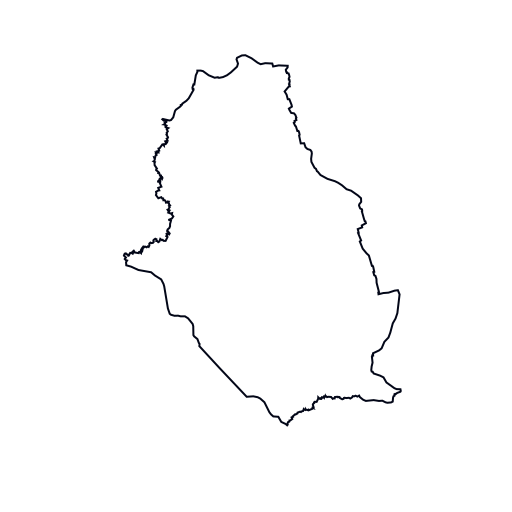 Sikhoraphum, Surin, Thailand (Natural Earth projection), rotated 153°
{"feature_id": "78962969B98513612105596", "entity_name": "Sikhoraphum", "entity_type": "district", "adm_level": 2, "iso_a3": "THA", "parent_name": "Thailand", "parent_adm1": "Surin", "projection": "natural_earth1", "projection_center": [103.804, 14.951], "detail": "fine", "context": "isolated", "style": "outline", "palette": "ink", "viewbox_px": 512, "rotation_deg": 153, "n_neighbors": 0, "source": "geoboundaries", "source_scale": "gbopen_adm2", "svg_char_len": 6064}
<svg xmlns="http://www.w3.org/2000/svg" viewBox="0 0 512 512"><g transform="rotate(153 256 256)"><path d="M145.5,156.6L145.1,161.1L148.2,162.2L154.6,163.2L159.4,165.2L164.2,166.3L163.6,168.0L162.8,168.0L160.7,177.4L159.1,180.9L158.6,184.1L159.4,185.1L158.8,188.4L157.8,188.2L156.5,193.1L156.5,194.3L157.2,194.6L155.2,205.2L156.3,208.2L157.6,214.1L156.9,221.8L155.3,222.1L154.6,230.1L154.0,230.0L153.1,233.8L148.4,233.3L147.9,235.2L143.2,235.3L142.8,237.2L143.3,237.7L142.9,240.3L141.4,247.8L140.9,247.9L140.4,249.4L141.6,251.1L141.3,254.2L140.5,255.2L137.7,256.5L136.2,259.8L137.7,263.7L141.6,271.0L145.0,274.4L147.3,280.0L149.6,284.0L151.7,286.8L157.3,292.3L161.8,298.9L162.7,303.1L163.2,303.9L163.0,306.4L163.8,308.0L163.9,314.7L162.8,317.5L159.7,322.0L159.1,323.8L159.4,325.8L161.6,328.0L162.5,330.4L161.9,334.6L165.0,336.0L162.9,343.8L162.1,344.2L161.4,346.8L161.4,348.2L162.4,348.6L161.6,353.4L162.0,354.2L161.9,357.5L160.6,357.8L160.3,358.9L158.3,358.8L157.9,360.7L157.2,360.9L156.9,363.8L157.4,365.9L159.7,367.5L159.9,370.9L159.8,372.4L156.2,372.8L155.7,374.5L155.1,380.6L156.5,381.3L155.5,385.9L155.8,389.6L149.9,392.1L148.9,391.8L148.6,393.9L148.2,393.8L147.9,394.8L146.7,396.2L146.2,397.8L146.7,398.2L146.2,399.3L144.8,400.4L144.3,402.3L144.1,403.9L145.4,404.9L145.0,405.6L145.5,406.3L144.9,408.4L142.2,409.7L141.4,411.1L149.2,415.5L154.7,417.1L154.1,420.1L160.2,423.6L164.8,424.8L166.8,427.5L170.2,434.2L174.3,439.7L177.5,441.1L182.9,441.2L184.1,440.0L184.7,435.6L186.9,433.3L195.0,431.0L199.8,430.2L204.2,430.4L207.7,431.4L208.7,432.0L208.8,432.6L211.9,433.6L216.1,438.5L219.3,444.8L221.1,446.3L224.1,447.8L224.7,446.6L227.6,444.3L233.1,436.8L233.8,437.3L236.2,434.9L236.6,433.6L235.9,433.3L236.2,432.4L244.4,427.0L247.5,425.9L252.5,425.2L253.2,424.4L254.5,424.7L254.9,423.8L256.4,423.4L261.0,422.7L262.4,421.9L266.8,417.1L270.0,415.7L271.6,416.0L276.8,420.4L277.4,420.3L276.8,418.6L275.3,418.0L274.8,416.3L275.1,416.0L276.8,416.3L277.0,415.1L278.2,415.0L277.3,414.4L277.5,413.9L276.6,412.9L278.0,412.3L278.1,411.9L276.1,409.8L278.0,409.5L278.0,407.1L279.7,406.3L279.9,405.1L280.7,404.8L280.5,401.7L281.3,401.1L282.3,401.1L282.4,398.9L284.8,399.4L284.8,398.4L283.8,398.4L283.7,397.6L285.7,396.7L287.4,397.5L287.9,396.3L288.3,397.6L288.8,397.9L292.9,395.8L294.1,396.0L294.4,393.8L295.5,393.8L295.9,392.5L296.5,392.9L296.6,394.2L297.2,394.3L297.7,393.1L298.2,393.5L298.2,393.0L298.7,392.9L298.7,391.2L299.8,391.2L301.3,389.4L302.0,390.1L302.3,388.0L303.6,386.8L304.2,386.8L303.4,385.6L304.1,385.2L305.1,382.9L304.6,378.9L305.5,378.6L306.0,377.8L304.8,375.2L305.4,374.4L304.6,374.0L305.0,371.5L304.1,370.8L304.6,369.8L303.8,369.0L303.9,368.0L304.5,367.5L304.5,368.5L305.2,369.2L305.6,367.9L306.8,368.5L307.6,367.8L307.1,366.4L307.5,365.8L308.1,367.4L309.3,367.1L309.5,366.7L308.5,366.0L308.8,360.7L312.2,361.1L312.4,358.4L313.4,358.7L315.9,358.6L316.4,356.9L317.5,355.7L316.8,351.8L313.7,351.4L313.5,349.9L312.6,349.4L313.2,347.7L312.0,347.2L311.7,345.8L312.0,344.4L310.5,344.0L309.9,344.6L309.2,344.1L310.4,343.5L309.6,342.5L310.0,341.5L309.6,340.2L310.8,340.1L310.7,338.7L312.2,337.9L312.8,337.0L313.8,337.3L313.8,336.6L312.8,336.5L312.4,336.0L313.6,335.7L313.4,334.8L314.4,334.4L312.8,332.6L311.3,332.3L312.2,331.2L311.7,328.8L313.9,327.6L316.9,327.8L317.0,327.4L315.7,326.7L315.6,326.2L318.0,323.6L319.1,321.5L320.5,320.3L322.6,319.8L323.8,318.7L323.9,318.2L323.2,317.8L322.7,315.3L323.6,314.7L324.4,316.2L325.6,316.4L325.8,315.2L326.8,314.5L326.1,313.9L326.2,313.1L329.7,310.5L331.5,311.5L331.8,312.8L332.7,312.9L333.5,314.7L335.5,312.8L336.8,312.7L337.2,314.2L338.0,314.6L337.1,316.1L337.9,317.1L339.9,316.8L340.6,316.1L340.7,315.0L341.9,314.5L343.4,315.0L344.0,315.9L345.4,315.5L346.2,313.8L347.5,312.8L348.0,313.7L349.5,313.4L350.6,314.8L352.8,314.4L351.8,315.1L352.1,315.6L354.0,314.7L354.1,314.2L353.5,314.0L354.6,312.7L354.7,314.0L355.3,314.0L356.5,312.6L356.3,311.7L357.1,310.7L357.7,312.5L358.3,312.7L359.2,311.8L363.3,314.8L362.4,315.4L362.5,316.2L364.2,315.8L364.4,314.3L364.8,314.0L365.6,315.3L366.7,315.9L369.1,314.1L369.7,314.2L369.7,315.7L370.7,316.3L370.7,317.3L371.4,317.7L372.4,317.4L373.5,316.3L372.6,313.7L374.3,312.9L373.9,311.5L372.9,310.5L374.6,309.5L375.8,306.6L372.2,303.3L367.1,296.9L356.8,289.1L354.9,284.5L351.1,278.2L351.1,273.1L351.6,270.5L358.3,249.3L359.1,243.7L358.4,242.2L355.7,239.7L352.5,238.2L350.6,236.5L346.7,234.5L344.8,231.3L343.3,224.2L343.8,221.9L347.7,213.9L347.6,212.5L345.9,208.6L346.4,204.4L346.2,203.3L347.4,201.4L339.4,172.9L328.2,134.8L322.1,132.2L318.6,129.4L316.9,127.0L314.9,121.9L315.0,110.7L314.5,108.0L313.4,105.2L309.1,102.6L308.8,96.7L305.8,92.8L305.1,91.0L304.4,91.3L304.5,91.8L303.0,93.4L301.6,93.3L300.9,94.2L300.3,93.9L297.7,94.3L297.6,96.0L296.1,95.9L296.1,96.4L293.0,97.2L292.7,96.8L290.6,96.9L290.1,97.6L287.5,97.3L286.8,96.6L286.3,96.9L284.4,96.5L283.1,97.8L283.0,97.2L282.0,96.6L281.5,97.1L281.5,96.2L280.7,96.1L279.6,94.9L279.1,95.2L278.9,94.6L275.3,94.3L274.5,94.9L274.1,94.5L274.2,95.3L273.3,95.2L272.9,97.7L272.4,98.2L270.9,98.6L270.8,99.1L270.0,99.5L268.2,98.5L265.4,100.6L264.7,101.8L264.2,100.1L263.5,100.1L263.5,99.4L262.7,99.0L261.5,100.1L261.2,99.6L260.2,99.8L259.8,98.8L259.0,100.0L258.3,99.5L257.8,99.9L257.9,99.1L257.1,99.0L256.8,98.0L255.4,97.7L253.1,96.3L252.5,93.9L251.5,94.0L250.6,93.4L249.7,94.5L247.5,93.7L247.1,92.9L246.2,92.9L245.6,92.4L245.7,91.4L244.2,89.2L242.8,89.0L242.2,89.6L241.6,89.6L240.0,88.4L237.6,87.5L236.7,86.2L234.6,86.4L233.4,87.2L232.3,86.4L230.7,86.3L229.5,84.7L227.5,84.8L227.5,83.1L225.8,79.3L223.9,77.0L216.6,74.2L212.2,71.0L209.1,69.7L207.0,66.8L205.6,65.6L202.1,64.2L200.3,64.2L198.3,67.4L197.2,68.6L196.1,68.6L195.4,70.0L194.7,70.0L194.4,69.5L192.4,69.9L189.0,69.5L188.3,70.0L187.8,71.7L191.2,73.6L192.7,75.4L197.2,84.1L197.5,90.0L199.8,93.1L204.5,97.9L204.6,99.9L205.4,100.5L205.1,102.0L203.1,105.1L200.6,108.0L198.5,113.5L198.1,113.5L197.6,114.6L196.8,114.2L195.9,116.2L189.2,116.0L186.0,116.7L180.5,121.3L175.0,123.2L171.1,126.8L164.7,133.9L160.1,136.9L156.0,140.9L145.5,156.6Z" fill="none" stroke="#020617" stroke-width="2"/></g></svg>